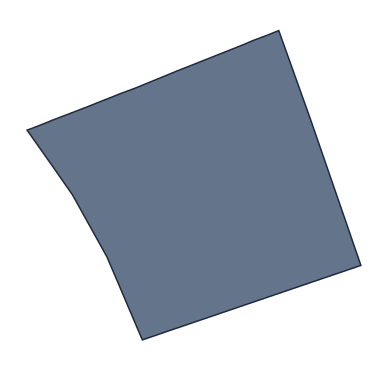 Wayne, Mississippi, United States of America (Albers equal-area conic projection), rotated 251°
{"feature_id": "52423323B18579387327768", "entity_name": "Wayne", "entity_type": "district", "adm_level": 2, "iso_a3": "USA", "parent_name": "United States of America", "parent_adm1": "Mississippi", "projection": "albers", "projection_center": [-88.616, 31.664], "detail": "fine", "context": "isolated", "style": "filled", "palette": "slate", "viewbox_px": 384, "rotation_deg": 251, "n_neighbors": 0, "source": "geoboundaries", "source_scale": "gbopen_adm2", "svg_char_len": 443}
<svg xmlns="http://www.w3.org/2000/svg" viewBox="0 0 384 384"><g transform="rotate(251 192 192)"><path d="M68.3,96.9L68.3,120.7L67.6,327.8L118.8,327.8L222.6,327.7L316.4,326.6L315.7,312.7L315.4,299.6L314.6,288.6L311.3,216.9L311.2,215.5L308.7,171.9L308.4,157.5L306.5,117.1L305.3,81.5L305.2,81.2L304.5,67.2L304.2,56.2L259.8,69.1L228.0,78.1L158.6,90.4L135.7,92.1L84.8,95.7L68.3,96.9Z" fill="#64748b" stroke="#1e293b" stroke-width="1.5"/></g></svg>